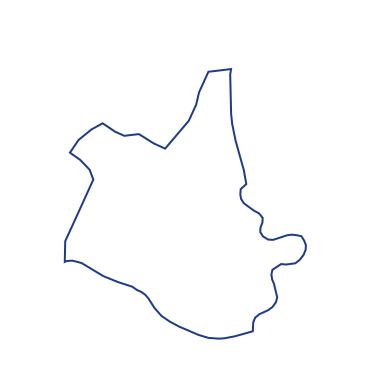 the district of Thosan, Hwanghae-bukto, North Korea, rotated 24°
{"feature_id": "82179303B9528454471639", "entity_name": "Thosan", "entity_type": "district", "adm_level": 2, "iso_a3": "PRK", "parent_name": "North Korea", "parent_adm1": "Hwanghae-bukto", "projection": "robinson", "projection_center": [126.762, 38.336], "detail": "fine", "context": "isolated", "style": "outline", "palette": "blue", "viewbox_px": 384, "rotation_deg": 24, "n_neighbors": 0, "source": "geoboundaries", "source_scale": "gbopen_adm2", "svg_char_len": 1193}
<svg xmlns="http://www.w3.org/2000/svg" viewBox="0 0 384 384"><g transform="rotate(24 192 192)"><path d="M236.3,167.4L238.4,162.7L230.4,150.9L211.1,127.6L201.1,113.6L195.9,104.6L179.1,69.1L177.7,63.8L158.1,75.5L158.0,88.1L157.9,98.1L160.3,110.6L160.1,128.2L155.0,145.7L149.8,163.3L137.4,163.2L119.9,160.7L107.3,168.2L97.3,168.2L82.4,165.6L74.8,175.6L67.2,190.6L64.5,205.7L77.0,208.2L89.4,213.3L96.8,220.8L96.6,248.4L96.4,271.0L96.2,288.5L104.2,307.6L105.4,306.2L110.5,303.4L119.9,301.8L145.2,304.9L160.8,304.4L176.1,302.8L181.4,303.9L186.3,303.9L191.2,304.9L195.5,307.0L204.9,313.2L214.5,317.6L224.3,319.4L235.1,320.2L256.0,319.9L266.3,318.6L276.3,315.0L281.2,312.4L290.1,306.2L304.2,294.5L301.0,286.3L300.8,281.1L303.3,276.2L309.7,268.9L312.3,264.3L313.5,258.6L312.7,253.6L304.2,242.5L300.8,239.3L298.2,235.3L297.1,230.4L302.7,221.6L307.4,220.0L315.4,215.1L318.0,210.2L319.5,204.0L319.3,198.5L317.6,194.1L314.1,190.7L309.9,187.9L304.8,189.0L300.3,190.5L296.2,193.1L285.6,202.7L280.9,204.5L274.9,203.7L270.7,200.9L269.0,196.5L268.8,191.3L267.1,186.9L262.0,184.3L255.8,183.8L243.9,181.2L239.6,178.3L237.1,174.5L235.3,169.5L236.3,167.4Z" fill="none" stroke="#1e3a8a" stroke-width="2"/></g></svg>